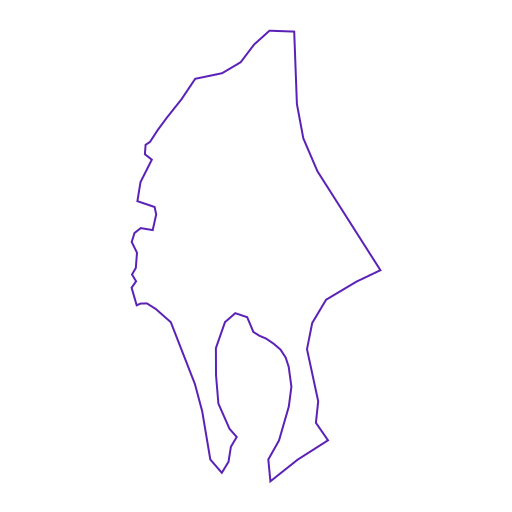 the Province of Rizal
{"feature_id": "PHL-2567", "entity_name": "Rizal", "entity_type": "Province", "adm_level": 1, "iso_a3": "PHL", "parent_name": "Philippines", "parent_adm1": "", "projection": "albers", "projection_center": [121.246, 14.591], "detail": "fine", "context": "isolated", "style": "outline", "palette": "violet", "viewbox_px": 512, "rotation_deg": 0, "n_neighbors": 0, "source": "natural_earth", "source_scale": "10m", "svg_char_len": 959}
<svg xmlns="http://www.w3.org/2000/svg" viewBox="0 0 512 512"><path d="M294.2,31.6L296.9,104.0L303.3,138.3L317.4,171.2L380.4,270.2L356.7,281.5L326.1,299.7L312.2,323.0L307.0,349.2L318.2,401.3L315.9,422.8L328.0,440.3L297.7,459.6L270.4,481.3L268.3,459.5L279.0,440.5L288.8,406.6L291.4,386.7L288.7,366.8L285.7,357.6L280.5,349.6L273.6,343.7L266.1,338.6L259.5,335.8L253.4,332.0L247.2,317.2L235.3,313.2L225.0,322.1L215.9,348.1L216.0,375.1L218.4,403.6L229.5,428.8L236.7,437.0L230.9,446.8L228.5,461.8L221.8,472.8L210.3,459.5L202.2,411.3L194.9,384.0L170.8,322.2L155.8,309.0L146.9,303.4L140.5,303.6L136.7,305.3L131.6,287.7L136.1,281.3L132.0,274.5L135.8,268.0L137.0,252.7L131.7,242.0L134.5,233.0L140.8,228.1L152.7,230.1L156.2,214.5L154.6,207.0L137.4,201.2L140.5,182.1L151.8,159.7L144.9,154.2L145.6,144.8L150.0,141.9L157.8,129.9L166.9,117.6L181.6,99.1L195.2,78.8L222.1,73.2L240.7,62.2L254.1,44.5L269.5,30.7L294.2,31.6Z" fill="none" stroke="#5b21b6" stroke-width="2"/></svg>